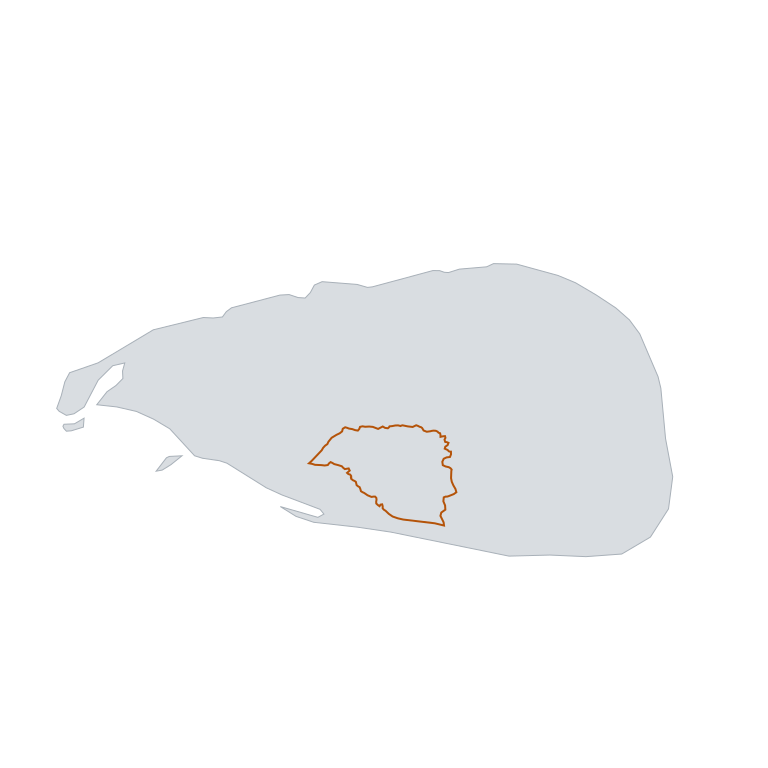 where Kuruṇægala sits in Sri Lanka, rotated 286°
{"feature_id": "LKA-2461", "entity_name": "Kuruṇægala", "entity_type": "District", "adm_level": 1, "iso_a3": "LKA", "parent_name": "Sri Lanka", "parent_adm1": "", "projection": "robinson", "projection_center": [80.272, 7.727], "detail": "fine", "context": "in_parent", "style": "outline", "palette": "amber", "viewbox_px": 768, "rotation_deg": 286, "n_neighbors": 0, "source": "natural_earth", "source_scale": "10m", "svg_char_len": 3144}
<svg xmlns="http://www.w3.org/2000/svg" viewBox="0 0 768 768"><g transform="rotate(286 384 384)"><path d="M270.3,76.1L283.8,77.0L298.1,76.6L308.2,78.7L325.5,103.3L372.5,147.3L398.1,192.0L400.4,201.7L403.9,210.2L410.1,212.5L415.2,216.4L440.8,259.5L443.8,268.1L443.4,277.5L444.9,284.5L451.6,288.0L459.9,289.8L465.3,296.3L472.3,330.7L472.3,341.5L474.2,346.1L506.5,399.7L508.3,406.2L508.0,411.1L508.9,415.3L515.2,424.8L524.9,450.3L529.9,456.1L535.8,478.5L536.3,521.2L534.1,540.2L528.1,563.3L521.0,585.9L513.3,602.2L502.7,616.0L466.6,645.4L456.2,651.3L409.1,669.7L374.4,687.1L342.4,691.9L310.3,682.3L286.1,659.4L273.7,625.7L265.3,590.6L253.0,551.6L243.5,431.1L239.0,397.5L231.7,354.6L232.5,336.0L237.6,318.1L237.6,357.2L242.4,362.1L245.9,357.1L249.2,316.6L251.8,299.4L264.6,254.8L264.9,246.9L262.6,230.1L262.8,221.7L281.9,190.4L286.7,172.2L289.4,153.6L288.3,133.4L284.9,113.6L300.3,119.9L308.7,126.8L317.3,131.5L324.4,129.1L332.8,129.0L326.8,118.2L308.9,108.2L279.2,102.1L269.9,94.2L266.3,87.3L268.2,79.3L270.3,76.1ZM255.2,197.6L259.3,209.6L247.7,201.4L240.1,194.5L237.4,189.0L253.1,195.2L255.2,197.6ZM268.5,105.1L259.7,106.9L252.8,96.3L251.1,91.7L253.0,88.6L254.9,87.0L257.1,87.5L260.4,97.4L268.5,105.1Z" fill="#d9dde1" stroke="#a8b0b8" stroke-width="1"/><path d="M332.0,467.5L330.7,464.4L328.6,462.0L325.3,461.5L322.2,462.9L321.7,465.9L321.9,469.2L321.4,471.1L320.4,472.6L318.9,472.7L312.0,474.4L308.7,476.1L305.7,478.6L302.8,481.6L299.9,483.4L297.4,481.4L293.9,476.9L293.1,475.6L292.7,474.2L291.5,472.7L287.6,473.4L284.1,476.2L280.1,477.6L276.2,474.5L272.8,474.6L267.5,479.4L264.5,480.7L264.1,471.2L259.0,439.8L258.7,434.3L259.0,428.8L260.5,424.4L262.6,420.4L263.1,418.6L264.1,417.0L266.2,416.4L267.8,415.4L267.1,413.9L265.3,413.4L266.0,411.4L267.0,409.5L268.8,408.9L270.8,408.7L272.4,408.0L273.3,406.5L272.8,404.8L272.0,403.1L272.5,398.9L273.8,395.0L274.1,393.1L274.6,391.4L276.4,390.3L278.1,389.0L278.5,387.3L279.2,385.6L282.2,383.9L282.7,382.4L282.9,380.8L283.8,378.6L285.9,377.5L285.7,377.8L285.6,378.1L286.5,377.8L287.6,376.5L287.6,374.6L288.4,373.0L291.3,374.9L293.1,373.3L291.4,369.8L292.2,367.9L293.3,366.1L293.4,362.5L293.3,358.2L293.9,356.1L294.2,354.2L292.5,353.0L290.6,352.3L289.3,349.4L288.8,346.3L287.3,340.0L287.4,336.8L287.1,333.8L290.2,335.7L303.1,342.4L305.9,343.1L308.5,344.4L310.6,346.1L313.2,346.5L317.9,348.5L322.1,352.4L324.4,355.0L326.9,356.8L329.6,356.7L331.7,358.6L331.7,360.6L331.5,362.6L331.9,366.0L331.7,368.9L332.0,371.7L333.9,372.6L336.2,372.8L337.4,375.0L337.7,377.7L339.0,381.4L339.7,385.1L339.2,390.7L342.8,394.5L342.1,397.1L342.5,399.9L343.7,400.7L344.8,401.0L345.8,403.5L347.2,406.2L348.1,408.9L348.2,411.6L348.7,412.0L349.4,413.2L349.8,418.5L350.6,423.4L353.2,426.3L353.1,428.1L352.7,430.0L352.7,431.5L352.2,432.8L350.2,434.9L349.9,438.3L351.3,441.5L352.2,443.0L352.9,444.7L353.3,446.7L353.0,448.6L352.2,449.8L352.1,451.5L350.4,452.4L348.8,452.9L349.9,454.9L350.7,457.0L349.2,457.9L347.2,457.5L345.2,458.8L345.4,460.5L345.2,462.2L342.8,462.0L340.6,460.2L338.6,460.2L338.1,463.4L337.5,464.3L337.1,465.2L337.2,466.3L337.4,467.0L334.9,467.8L332.0,467.5Z" fill="none" stroke="#b45309" stroke-width="2"/></g></svg>